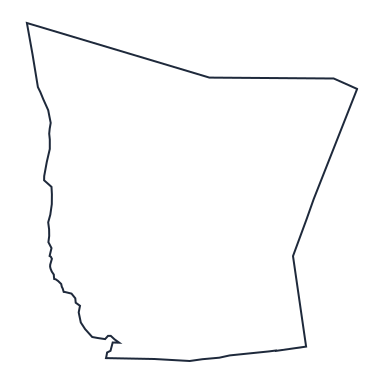 Tamchekett, Hodh el Gharbi, Mauritania
{"feature_id": "47542326B49487198034252", "entity_name": "Tamchekett", "entity_type": "district", "adm_level": 2, "iso_a3": "MRT", "parent_name": "Mauritania", "parent_adm1": "Hodh el Gharbi", "projection": "robinson", "projection_center": [-10.754, 17.114], "detail": "fine", "context": "isolated", "style": "outline", "palette": "slate", "viewbox_px": 384, "rotation_deg": 0, "n_neighbors": 0, "source": "geoboundaries", "source_scale": "gbopen_adm2", "svg_char_len": 1057}
<svg xmlns="http://www.w3.org/2000/svg" viewBox="0 0 384 384"><path d="M37.9,87.1L40.3,92.0L43.3,99.3L48.2,110.2L49.4,116.4L50.7,122.9L49.7,128.7L49.2,133.7L49.8,139.5L49.8,149.0L46.8,161.9L44.2,176.1L44.1,180.3L51.5,186.9L51.9,194.3L51.8,204.2L50.3,214.7L48.2,222.3L49.1,229.4L49.2,235.8L49.2,236.0L48.4,242.2L51.5,248.1L49.6,256.0L50.8,256.7L51.9,258.8L50.2,264.7L50.1,266.7L50.6,268.8L51.5,270.9L51.7,271.5L53.8,274.6L53.9,276.4L54.2,279.0L55.7,279.3L58.1,281.0L61.2,284.0L61.8,286.8L62.7,288.5L63.2,290.2L63.7,291.9L65.4,292.1L71.5,293.6L75.3,298.3L75.7,302.7L80.0,305.8L78.7,312.4L79.4,315.8L80.8,322.5L85.1,329.1L92.2,337.0L97.7,338.0L105.1,339.1L108.0,335.9L110.8,335.9L114.6,339.4L119.2,342.7L112.7,342.5L110.5,350.8L107.1,352.5L106.8,354.2L106.4,356.4L106.0,358.1L154.3,359.0L189.7,361.0L202.5,359.2L219.3,357.7L229.8,355.4L269.1,351.4L275.9,350.5L275.9,350.9L306.1,346.6L293.0,256.1L306.8,218.6L313.7,199.1L357.1,89.0L357.1,88.9L355.7,88.3L333.7,78.5L209.4,77.6L26.9,23.0L32.6,54.8L37.9,87.1Z" fill="none" stroke="#1e293b" stroke-width="2"/></svg>